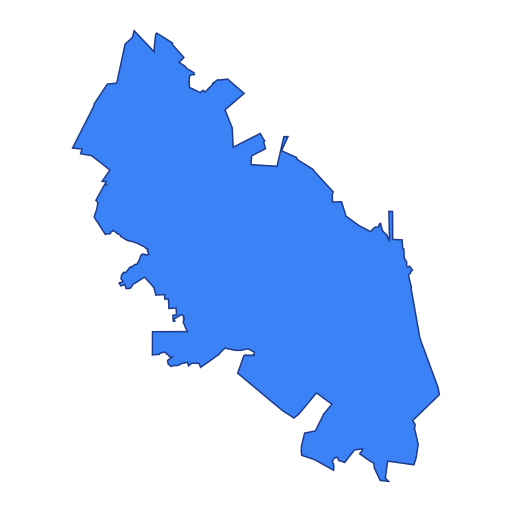 Santa Ana, Sonora, Mexico (Natural Earth projection)
{"feature_id": "50627088B25223131716378", "entity_name": "Santa Ana", "entity_type": "district", "adm_level": 2, "iso_a3": "MEX", "parent_name": "Mexico", "parent_adm1": "Sonora", "projection": "natural_earth1", "projection_center": [-111.087, 30.458], "detail": "fine", "context": "isolated", "style": "filled", "palette": "blue", "viewbox_px": 512, "rotation_deg": 0, "n_neighbors": 0, "source": "geoboundaries", "source_scale": "gbopen_adm2", "svg_char_len": 6043}
<svg xmlns="http://www.w3.org/2000/svg" viewBox="0 0 512 512"><path d="M416.0,458.4L418.2,444.5L415.2,431.0L415.0,430.2L414.8,429.3L414.8,429.2L414.5,429.0L414.5,428.5L414.3,427.8L414.4,427.6L414.7,427.4L414.9,427.0L415.0,426.7L414.9,426.1L415.0,425.5L415.0,425.3L414.9,425.2L415.0,424.9L414.9,424.8L414.9,424.4L415.0,424.1L414.6,423.9L414.2,423.5L414.3,423.1L413.8,422.5L413.7,422.1L413.3,421.5L413.0,420.8L413.1,420.4L413.0,420.2L439.4,394.7L438.0,387.4L420.7,340.4L419.8,337.7L411.1,288.3L411.4,287.4L408.7,276.3L408.6,275.1L408.7,274.9L409.2,274.2L409.6,273.9L410.5,273.2L410.6,271.9L410.9,271.5L411.2,271.2L412.2,270.5L412.5,270.0L411.5,268.8L411.0,268.1L410.8,267.8L410.6,267.1L410.1,267.2L409.3,266.2L408.3,266.9L408.0,267.0L407.8,267.0L406.9,266.1L406.7,265.2L406.6,264.0L406.7,262.7L406.7,262.1L406.5,261.7L406.1,261.0L405.6,260.3L405.1,259.7L404.7,258.8L404.6,258.0L404.1,256.9L403.9,249.0L402.7,248.7L402.1,239.9L392.7,239.4L392.5,211.5L388.9,211.3L389.5,241.5L388.9,239.9L388.7,239.3L388.8,239.1L388.8,238.9L388.2,238.6L387.9,238.2L387.8,237.1L387.5,236.7L387.2,236.4L387.2,236.2L387.2,235.7L387.0,235.2L386.5,234.9L385.8,233.8L385.2,233.5L384.1,232.5L383.3,231.5L382.8,231.0L382.5,230.6L381.7,228.2L380.6,223.4L379.9,223.7L379.1,224.4L378.9,225.0L378.9,225.5L379.2,226.5L378.6,226.9L377.9,227.0L375.6,227.0L374.6,227.5L371.4,230.6L370.9,231.2L370.5,231.6L358.9,225.5L346.0,216.2L341.6,201.8L332.5,202.0L332.3,194.8L333.2,191.8L331.9,190.5L315.1,172.2L312.9,169.3L299.0,160.6L297.0,159.1L296.6,157.5L281.5,150.7L288.0,136.6L283.9,136.7L277.0,166.3L251.0,164.6L251.6,155.9L265.5,148.7L263.8,142.6L264.0,141.7L264.2,141.2L264.7,140.9L263.2,138.6L262.6,137.9L261.5,135.6L260.3,133.8L260.2,133.5L233.2,147.2L232.2,127.7L225.0,109.9L244.1,93.4L227.6,79.1L219.7,80.0L218.6,79.8L217.5,79.9L212.9,83.1L213.5,83.6L204.9,92.2L204.7,92.2L203.3,90.3L200.5,92.1L200.7,92.3L200.3,92.7L197.4,91.3L195.6,90.3L193.4,89.3L189.5,87.4L189.2,83.7L189.4,76.4L191.3,74.7L194.3,74.6L193.9,72.7L186.5,68.3L185.3,66.4L179.1,62.4L183.9,57.5L172.4,44.6L172.6,43.1L156.8,33.1L155.7,34.3L154.3,46.7L154.2,51.8L134.1,30.7L132.6,37.2L125.1,44.2L116.9,82.4L116.6,83.1L107.3,84.1L94.1,104.0L94.0,105.8L75.8,141.6L72.6,148.1L82.0,149.0L80.6,153.8L91.5,155.6L100.8,162.8L109.9,170.1L102.1,181.4L106.3,181.6L104.8,184.5L106.2,184.8L103.9,185.8L95.9,200.4L97.8,202.4L97.4,205.8L96.8,209.2L95.0,214.2L94.2,217.0L96.0,220.1L97.9,222.7L100.6,227.1L105.3,234.4L106.4,234.1L107.7,233.8L109.2,233.8L110.3,233.7L111.3,231.5L111.5,231.4L112.2,231.4L112.5,231.2L113.2,230.3L117.1,233.3L117.7,234.0L118.2,234.0L118.6,234.0L119.1,234.0L119.6,234.4L120.0,234.9L120.5,236.0L121.1,236.7L122.6,237.4L125.6,239.5L126.9,240.0L127.3,240.3L128.2,240.7L129.3,241.0L131.9,241.3L132.2,241.6L132.7,241.7L134.3,242.3L138.3,243.6L138.5,243.9L140.5,244.9L143.3,246.3L144.2,246.6L145.5,247.8L145.9,248.4L146.7,248.9L147.1,248.8L147.6,248.7L147.6,249.1L147.7,249.3L147.8,249.5L147.9,250.2L147.7,250.5L147.4,250.8L148.3,253.1L148.7,253.5L148.9,253.9L148.9,254.3L148.4,254.5L146.9,254.9L146.3,254.7L145.0,254.7L144.9,254.4L143.5,254.2L143.1,254.5L142.3,254.1L141.6,254.6L140.8,255.6L140.1,257.5L139.8,258.5L139.2,259.8L139.4,260.0L139.3,260.3L138.6,261.4L138.1,262.0L137.0,264.3L136.5,264.5L136.1,264.5L135.7,264.4L135.2,264.4L134.9,264.6L134.0,265.2L133.6,265.4L133.2,265.8L132.7,266.1L132.4,266.4L132.3,266.7L132.1,266.9L131.8,267.1L130.5,266.7L128.8,268.6L128.1,269.7L127.7,270.2L127.0,270.8L126.3,271.9L125.9,272.1L124.9,272.6L124.6,272.6L124.1,272.5L123.7,272.2L122.8,273.3L122.7,273.7L122.3,273.9L121.8,274.8L121.3,276.2L121.3,277.5L121.3,277.8L120.9,278.4L120.9,278.7L121.3,279.0L122.6,280.6L123.1,281.3L121.7,282.1L119.1,283.0L120.9,286.0L121.5,285.7L122.4,285.4L123.7,284.9L124.8,284.1L126.0,288.6L128.5,288.5L130.3,288.2L130.7,287.9L131.4,287.0L131.8,286.2L132.2,285.7L132.4,285.3L132.9,284.4L133.6,283.9L135.9,282.6L138.3,281.2L138.5,280.9L144.5,277.2L151.5,284.7L154.0,287.8L155.8,295.1L157.5,294.9L161.1,294.8L164.6,294.6L164.8,299.1L168.4,298.9L168.9,308.5L176.1,308.0L176.5,314.9L172.9,315.2L173.3,321.1L173.9,321.1L174.4,321.3L174.9,321.1L174.0,319.0L181.8,314.4L184.2,317.3L184.0,317.5L183.8,317.4L183.6,317.5L183.5,318.3L183.6,318.5L183.6,319.0L184.3,319.3L183.8,320.3L183.7,320.8L183.4,321.3L183.2,321.9L183.3,322.5L183.7,323.4L184.4,324.9L186.3,329.4L187.6,331.3L187.6,331.6L152.5,331.7L152.4,355.0L153.7,354.7L159.2,354.4L159.9,353.4L163.5,352.3L165.6,352.2L166.0,352.8L166.4,353.6L166.3,353.8L166.3,354.0L166.5,354.1L167.4,354.2L167.7,354.3L169.1,356.4L169.3,356.4L169.5,356.3L169.9,356.7L170.1,356.8L172.2,357.0L171.9,357.2L167.6,360.4L168.2,364.1L170.0,365.3L171.1,366.5L173.3,365.7L174.3,365.5L176.6,365.6L178.2,365.2L180.0,364.5L181.5,363.5L184.6,363.0L187.5,362.3L188.6,365.8L191.4,363.4L192.4,363.1L197.1,363.4L198.7,363.3L199.2,363.5L199.3,364.1L200.0,366.0L200.6,367.4L219.1,354.3L220.1,352.7L225.3,347.9L227.9,348.9L228.2,348.8L229.9,349.2L230.5,349.2L232.6,349.8L235.7,350.4L240.7,350.3L241.5,350.2L242.3,350.1L246.2,349.1L247.3,348.9L248.7,349.3L250.5,349.9L252.0,351.0L253.0,351.6L254.3,352.0L254.2,355.3L253.6,354.9L252.8,354.6L252.2,355.0L251.1,355.6L250.5,355.8L250.2,355.7L249.8,355.2L248.8,355.0L247.2,355.5L246.3,355.2L246.2,354.9L245.8,354.8L244.3,355.7L243.9,355.7L237.7,373.2L273.2,402.9L282.8,410.8L294.0,418.0L299.0,413.9L316.4,393.0L319.1,394.7L323.2,397.9L327.4,400.9L332.0,404.1L323.8,413.9L315.4,430.9L304.6,433.1L301.5,446.0L301.2,450.2L301.7,455.3L314.5,459.6L333.6,470.3L333.7,469.1L333.8,467.5L333.7,465.5L333.6,464.7L333.6,463.8L333.5,463.6L332.7,462.9L332.5,462.3L332.5,461.7L332.6,461.2L332.8,460.9L333.2,459.7L334.1,458.5L334.7,458.1L335.2,457.9L335.9,457.5L336.0,457.3L336.6,457.4L337.0,457.5L337.3,457.4L338.8,460.2L338.8,460.5L339.0,460.8L339.7,460.7L340.7,460.9L341.2,461.3L342.5,461.8L343.2,461.9L344.7,462.5L354.4,450.0L362.4,448.8L362.3,450.3L359.7,453.8L368.9,460.3L370.4,461.3L373.9,463.2L374.3,468.0L380.2,480.4L388.5,481.3L385.3,478.1L387.7,461.1L413.9,464.8L416.0,458.4Z" fill="#3b82f6" stroke="#1e3a8a" stroke-width="1.5"/></svg>